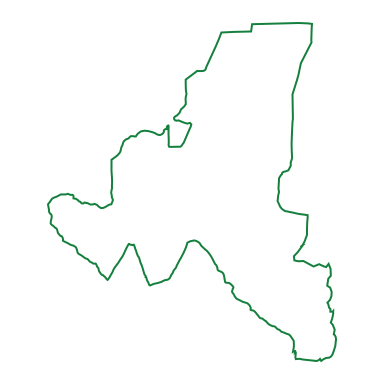 outline of Labuhan Batu Selatan, Sumatera Utara, Indonesia
{"feature_id": "22746128B23995987640193", "entity_name": "Labuhan Batu Selatan", "entity_type": "district", "adm_level": 2, "iso_a3": "IDN", "parent_name": "Indonesia", "parent_adm1": "Sumatera Utara", "projection": "robinson", "projection_center": [100.002, 1.834], "detail": "fine", "context": "isolated", "style": "outline", "palette": "green", "viewbox_px": 384, "rotation_deg": 0, "n_neighbors": 0, "source": "geoboundaries", "source_scale": "gbopen_adm2", "svg_char_len": 5973}
<svg xmlns="http://www.w3.org/2000/svg" viewBox="0 0 384 384"><path d="M104.8,207.3L103.2,207.9L101.0,208.1L98.3,206.3L97.3,205.1L94.7,203.9L94.3,203.9L93.2,204.4L92.1,204.4L90.8,204.6L90.2,204.4L87.7,203.2L86.8,203.0L85.8,202.9L84.8,202.5L84.4,202.5L83.8,203.2L83.4,203.4L82.6,203.5L81.6,203.3L81.3,203.0L80.3,201.8L79.0,201.4L78.2,200.4L76.0,198.8L73.5,198.4L73.5,196.7L73.4,195.7L73.2,195.3L72.6,194.9L72.4,194.8L71.5,194.9L69.9,194.7L67.8,193.8L66.3,194.3L64.7,194.5L60.9,194.4L56.6,196.7L54.3,197.5L52.9,198.2L52.3,198.6L51.9,199.0L49.2,202.8L48.4,203.7L48.1,204.3L48.0,204.6L49.0,209.7L48.9,211.2L49.7,213.1L51.3,214.6L51.7,215.8L51.7,217.5L50.8,221.2L50.7,222.8L50.7,223.7L51.5,224.6L54.4,226.9L55.3,227.9L56.1,228.2L56.7,228.9L57.2,230.0L58.0,233.1L60.1,235.5L60.6,236.0L61.6,236.2L61.9,236.5L62.4,237.1L63.1,239.3L62.9,240.5L63.0,240.8L65.6,242.2L67.2,242.8L67.8,243.2L68.8,243.7L70.3,244.7L73.6,245.7L75.6,247.0L76.1,247.7L76.6,248.8L77.2,250.8L77.5,252.2L77.8,253.0L78.0,253.3L79.1,254.1L81.9,255.7L82.3,256.1L85.3,258.3L87.4,259.0L88.0,259.4L89.3,261.1L90.3,261.9L91.7,262.5L93.3,263.6L94.5,263.7L95.3,263.5L95.9,263.8L96.3,264.6L96.9,265.9L97.1,266.7L98.2,267.8L98.5,268.7L99.0,271.0L99.5,271.9L100.1,272.6L100.5,273.4L101.5,274.5L102.3,275.0L103.1,275.2L103.9,276.1L104.8,276.7L106.3,278.7L107.5,279.9L108.0,279.5L109.5,277.4L110.8,274.9L112.5,272.1L113.7,269.2L114.1,268.5L117.2,264.2L118.0,263.3L120.4,259.4L122.4,256.6L123.5,254.5L126.2,248.6L128.4,244.5L128.8,244.0L129.4,244.0L130.0,244.5L130.4,244.6L131.0,244.9L131.8,244.8L132.6,245.1L133.7,244.7L134.1,245.1L134.3,245.6L134.5,246.6L135.0,247.6L135.1,248.3L135.4,249.2L136.3,251.3L136.4,252.1L137.2,254.4L138.2,256.5L138.8,257.2L139.1,257.8L140.5,262.6L142.0,266.1L144.5,274.5L145.8,276.2L145.6,277.1L146.2,277.3L147.2,280.7L148.0,281.9L149.3,285.0L149.6,285.3L150.2,285.4L153.8,283.9L155.4,283.5L156.7,283.3L161.5,281.9L162.8,281.1L165.4,280.0L166.2,280.0L167.9,279.6L169.3,278.5L169.9,277.8L171.3,274.9L172.8,272.8L173.3,271.3L173.8,270.4L174.6,269.3L175.6,268.2L176.2,267.1L176.4,266.5L177.0,265.1L178.4,262.5L179.4,260.5L181.0,257.8L184.0,251.9L185.8,247.8L186.7,245.2L187.1,243.5L187.5,242.6L190.2,241.3L193.9,240.5L194.8,240.5L195.8,240.8L198.3,242.0L199.6,243.1L200.3,244.1L201.0,245.4L201.4,245.9L205.2,249.5L206.9,250.8L208.9,253.2L210.8,255.9L212.4,258.7L215.2,264.2L215.8,264.6L216.4,265.4L217.3,267.5L217.6,269.6L217.9,270.1L218.6,270.7L221.6,272.0L222.7,272.8L223.0,273.3L223.8,274.8L224.3,277.2L225.0,281.5L225.4,282.4L226.2,282.7L228.7,282.9L229.3,283.1L231.2,284.5L233.0,286.4L233.4,287.2L233.3,287.9L232.7,289.0L232.5,289.9L232.2,290.8L232.0,291.5L232.1,291.9L232.6,292.9L233.1,293.4L233.5,293.9L233.7,294.5L234.3,295.3L234.6,296.3L235.1,296.7L235.6,297.5L236.3,298.5L238.1,299.5L239.3,300.0L242.5,301.7L243.2,302.0L246.5,302.9L247.6,303.4L249.6,305.4L250.5,307.3L250.7,307.8L250.7,308.6L250.5,309.6L250.6,309.9L251.2,310.2L253.4,310.6L254.3,311.1L255.9,312.8L256.8,314.1L257.4,314.7L259.8,317.8L260.2,318.1L262.1,318.5L262.8,318.9L265.1,320.8L266.0,321.2L267.0,322.5L268.5,324.0L269.4,324.7L272.4,326.1L274.0,326.3L274.8,326.5L275.2,326.8L277.1,328.8L277.6,329.2L278.7,329.5L279.6,330.0L281.0,331.4L281.6,331.8L283.7,332.5L286.7,333.8L288.7,334.4L289.3,334.8L290.7,336.2L292.2,338.6L293.1,339.7L293.7,340.9L293.9,344.4L293.9,346.3L293.6,348.5L293.0,351.7L293.8,351.2L295.0,351.1L294.9,352.2L295.3,351.7L295.6,352.0L295.8,352.6L295.4,357.2L295.8,359.1L299.3,358.8L302.9,359.5L316.7,361.0L319.0,360.0L320.0,358.9L321.2,360.9L323.4,359.3L325.2,358.4L326.1,358.0L329.0,357.7L331.0,356.6L332.6,354.2L333.9,350.6L335.3,346.0L335.8,341.0L336.0,340.1L336.0,338.9L335.7,337.0L334.9,335.3L333.8,334.4L334.7,329.6L332.7,324.7L330.8,322.6L331.9,319.5L332.7,316.4L333.2,313.8L333.2,311.2L332.9,311.6L330.4,311.7L330.4,308.9L329.5,308.2L329.0,307.3L328.3,304.2L327.4,302.7L329.9,300.0L331.4,296.3L331.7,292.1L330.2,287.7L327.2,285.7L328.3,278.7L330.8,275.8L330.6,269.0L328.6,263.9L326.1,267.1L323.4,266.2L319.1,264.2L313.6,266.5L303.4,261.0L298.5,261.3L294.4,260.4L293.9,256.2L297.7,252.2L302.1,246.2L301.6,246.0L302.8,245.0L302.7,245.0L304.6,241.4L307.0,234.9L307.0,229.5L307.2,222.5L307.7,217.1L307.6,216.5L307.6,215.1L298.5,213.9L292.9,212.6L284.9,211.0L282.0,209.0L280.2,206.8L277.6,201.1L278.1,196.1L279.0,191.9L278.6,189.7L278.5,188.2L279.1,178.0L281.1,174.9L281.9,174.3L282.2,172.8L283.3,171.9L285.6,171.4L288.4,170.3L290.8,165.6L290.7,162.6L292.1,158.1L291.7,150.1L291.6,142.8L292.0,132.3L292.2,128.6L292.5,122.1L292.9,118.6L292.5,94.4L296.9,80.4L298.4,75.0L300.9,63.2L311.5,42.4L311.3,40.1L311.7,27.8L312.0,23.9L308.0,23.4L298.7,23.0L252.1,24.2L251.1,31.5L233.9,31.9L221.4,32.5L219.0,38.8L215.5,47.0L206.5,66.6L206.0,68.0L205.6,69.5L204.0,70.7L202.8,71.0L198.5,71.1L197.1,70.9L195.7,72.1L185.7,79.6L185.7,83.4L185.9,90.5L186.5,94.0L185.8,96.9L185.6,98.7L185.8,104.2L184.2,106.4L183.1,107.5L181.0,109.4L179.7,112.6L177.2,115.3L174.8,116.7L174.0,117.9L174.3,119.3L175.2,120.4L177.0,120.7L178.5,120.4L183.9,122.6L187.2,123.6L189.9,122.9L191.3,124.3L190.7,126.7L190.1,127.9L183.8,142.5L181.2,146.2L180.3,146.7L169.8,146.9L169.2,146.8L169.0,146.6L168.6,145.0L168.8,142.2L168.5,132.5L168.6,126.2L168.4,125.5L167.9,125.6L167.3,126.1L166.8,127.2L166.8,129.1L165.3,129.1L164.0,130.2L163.7,132.3L163.1,133.2L162.4,133.9L161.4,134.5L159.9,135.0L158.1,134.8L156.1,133.9L154.8,133.0L151.8,132.0L148.8,131.2L144.6,130.7L141.7,131.2L140.7,131.5L137.9,133.6L136.9,134.8L135.8,136.5L133.9,136.4L133.1,136.1L132.5,136.1L130.9,136.2L130.2,136.6L129.1,137.7L128.7,138.3L127.1,139.0L126.1,139.3L124.2,140.9L123.7,141.5L123.2,142.6L122.3,145.5L121.5,146.9L120.9,149.4L120.4,151.5L119.8,152.6L118.1,154.7L116.3,156.3L111.5,159.8L111.5,171.0L112.0,178.2L112.1,182.4L111.9,187.1L112.1,188.2L111.7,189.3L111.4,191.3L111.2,192.2L111.3,193.7L111.7,194.8L111.8,196.8L112.1,197.9L112.6,199.0L112.9,200.0L112.4,201.7L111.3,204.3L110.1,204.5L109.0,204.8L104.8,207.3Z" fill="none" stroke="#15803d" stroke-width="2"/></svg>